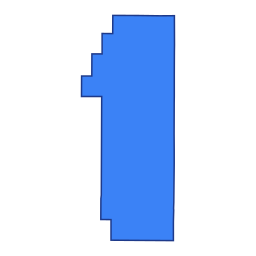 the district of Pend Oreille, Washington, United States of America
{"feature_id": "52423323B67594083249097", "entity_name": "Pend Oreille", "entity_type": "district", "adm_level": 2, "iso_a3": "USA", "parent_name": "United States of America", "parent_adm1": "Washington", "projection": "orthographic", "projection_center": [-117.196, 48.523], "detail": "fine", "context": "isolated", "style": "filled", "palette": "blue", "viewbox_px": 256, "rotation_deg": 0, "n_neighbors": 0, "source": "geoboundaries", "source_scale": "gbopen_adm2", "svg_char_len": 591}
<svg xmlns="http://www.w3.org/2000/svg" viewBox="0 0 256 256"><path d="M174.4,15.7L159.9,15.8L137.9,15.5L112.8,15.4L112.7,33.6L102.1,33.5L102.1,53.9L91.9,53.9L91.8,76.0L81.6,76.0L81.5,96.5L101.7,96.5L101.3,195.1L100.9,198.6L100.8,219.5L111.0,219.6L111.0,240.2L173.4,240.6L173.4,231.2L173.4,221.9L173.7,210.3L173.7,209.6L173.6,209.3L173.6,208.8L173.6,208.7L173.6,208.0L173.6,207.9L173.8,202.3L174.2,163.9L174.2,151.6L174.2,150.0L174.2,149.9L174.1,133.4L174.2,104.9L174.2,103.1L174.3,96.4L174.3,74.5L174.4,51.6L174.5,45.0L174.4,15.7Z" fill="#3b82f6" stroke="#1e3a8a" stroke-width="1.5"/></svg>